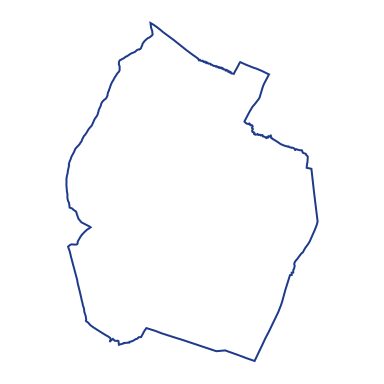 Orodel, Dolj, Romania (Albers equal-area conic projection)
{"feature_id": "2599482B27494005869762", "entity_name": "Orodel", "entity_type": "district", "adm_level": 2, "iso_a3": "ROU", "parent_name": "Romania", "parent_adm1": "Dolj", "projection": "albers", "projection_center": [23.277, 44.26], "detail": "fine", "context": "isolated", "style": "outline", "palette": "blue", "viewbox_px": 384, "rotation_deg": 0, "n_neighbors": 0, "source": "geoboundaries", "source_scale": "gbopen_adm2", "svg_char_len": 5742}
<svg xmlns="http://www.w3.org/2000/svg" viewBox="0 0 384 384"><path d="M254.6,361.0L263.1,343.2L265.2,338.6L269.3,330.8L269.8,329.7L278.3,312.0L280.9,305.4L282.2,301.5L285.3,290.1L290.0,275.1L291.7,275.0L291.7,272.7L293.2,272.6L293.2,271.5L293.3,270.0L294.0,268.9L294.6,266.4L294.7,265.6L294.3,264.6L294.3,264.2L294.5,262.7L295.5,261.0L297.5,258.7L299.1,256.4L300.2,255.1L300.9,254.0L301.8,253.1L302.9,252.3L304.0,250.1L305.6,247.4L307.4,245.1L309.6,241.7L312.8,234.4L314.3,231.1L316.6,225.3L317.2,223.2L317.6,221.3L314.1,192.9L311.4,168.8L306.7,167.8L306.9,164.9L307.5,161.7L307.8,156.8L307.4,156.1L306.2,154.9L306.1,154.2L305.9,154.0L304.8,153.4L304.4,153.4L303.3,153.0L302.7,152.6L302.5,152.0L302.4,151.3L302.0,150.9L301.9,150.4L301.7,150.2L300.8,150.3L300.3,150.2L299.5,150.2L297.5,149.6L296.7,149.2L296.1,149.3L295.7,149.5L295.4,150.0L295.2,150.0L295.0,149.9L294.9,149.7L294.7,148.8L293.7,148.2L292.1,147.6L291.5,147.8L290.8,147.4L290.2,147.4L289.3,147.1L288.6,146.5L288.4,146.4L287.9,146.7L286.6,146.1L285.4,146.1L284.8,145.7L283.7,145.4L280.5,144.0L278.0,142.2L271.5,138.2L271.6,137.9L271.5,137.5L271.0,137.2L270.8,136.9L270.9,135.9L270.8,135.5L270.5,135.5L270.3,135.8L269.9,136.6L268.4,136.2L268.3,136.3L268.4,137.1L268.2,137.4L267.8,137.1L267.1,137.1L267.1,137.5L266.7,138.0L266.3,138.1L264.7,136.8L262.9,136.4L262.6,136.0L262.7,135.4L262.5,135.1L262.0,135.0L260.8,135.4L260.4,135.0L259.6,134.7L258.9,135.0L258.5,135.0L258.2,134.9L257.9,134.2L257.5,134.0L256.7,134.5L255.5,134.7L254.2,134.2L254.1,133.7L254.6,133.4L254.5,133.1L253.9,132.7L253.6,132.1L252.8,132.1L252.5,131.9L252.1,131.0L252.2,130.3L252.9,129.0L252.1,128.2L252.0,127.7L252.3,127.1L252.6,126.8L252.6,126.2L252.2,125.4L251.6,125.1L251.1,125.1L250.6,125.3L250.2,125.0L249.7,124.3L249.8,123.8L249.5,123.5L249.1,123.6L248.9,124.0L248.6,124.1L246.4,123.5L246.1,123.2L245.9,123.1L244.5,121.7L244.6,121.1L249.4,112.0L252.1,107.4L252.6,106.6L254.8,104.1L258.3,99.6L259.5,97.8L262.7,87.2L263.2,85.8L264.1,83.7L269.0,74.4L261.6,70.8L255.8,68.4L254.3,68.0L246.4,64.9L240.2,62.1L239.3,63.5L238.1,65.9L234.9,71.6L233.8,73.8L233.5,73.6L231.7,73.5L231.1,73.1L230.8,72.3L230.6,72.0L230.4,72.1L230.4,72.5L230.2,72.6L229.8,72.1L229.4,72.1L229.2,71.6L228.6,71.7L228.7,71.1L228.2,70.8L227.3,70.8L227.1,70.6L227.2,70.3L227.1,70.2L226.9,70.2L226.6,70.5L226.1,70.5L226.2,70.2L226.3,70.1L226.2,70.0L225.9,70.2L225.4,69.7L224.4,69.6L223.8,69.1L223.4,69.3L222.7,68.8L222.6,68.4L222.0,68.6L221.4,68.2L221.5,67.9L221.4,67.9L221.0,67.8L220.3,68.1L220.1,68.0L220.2,67.6L219.1,67.7L219.0,67.4L218.7,67.6L218.5,67.4L218.0,67.3L218.1,67.1L218.0,66.9L217.3,66.8L216.9,66.4L216.2,66.6L216.0,66.2L215.4,66.3L215.0,66.0L214.7,66.0L214.2,65.8L213.5,65.9L212.8,65.3L211.8,64.7L211.0,64.8L210.8,64.7L210.7,64.1L210.0,63.7L209.0,63.7L208.6,63.5L208.3,63.6L207.9,63.3L207.8,63.0L207.6,62.8L207.2,62.6L206.8,62.8L206.8,62.4L206.7,62.3L206.4,62.5L206.0,62.4L205.6,61.9L205.4,61.9L205.3,62.3L205.2,62.4L205.0,62.2L204.9,61.9L203.9,62.0L203.8,61.8L203.9,61.6L203.3,61.6L202.8,60.9L202.6,61.1L201.2,60.9L200.7,60.5L200.2,60.4L199.9,59.8L199.7,59.8L199.4,60.3L199.0,60.4L198.9,60.3L198.9,60.0L198.8,59.7L198.4,59.3L198.1,58.6L197.6,58.4L196.7,57.6L192.7,54.8L186.5,50.2L173.6,39.9L162.9,32.0L160.7,30.1L156.9,27.1L153.9,25.0L151.6,23.6L150.5,23.0L151.1,27.9L151.9,30.0L152.3,31.3L152.3,32.5L152.6,34.0L152.6,34.5L152.3,35.1L150.4,36.8L149.3,37.5L147.5,38.4L145.2,40.4L144.2,41.5L143.7,42.1L143.4,42.8L142.6,43.6L142.2,45.3L141.6,46.5L140.9,48.3L140.7,48.6L140.3,48.9L139.2,49.5L138.6,49.4L138.0,49.6L136.8,50.2L135.2,51.7L134.4,52.2L131.7,53.2L130.1,54.1L126.6,56.5L125.8,56.6L125.1,57.2L123.9,58.2L122.0,59.1L120.3,60.1L119.9,60.2L119.4,60.9L119.0,62.1L118.9,63.4L118.9,64.6L119.3,65.3L119.7,67.1L119.6,67.9L119.6,70.2L119.3,71.0L119.0,71.6L117.5,73.2L115.1,76.9L114.0,78.7L113.2,80.4L112.5,81.4L112.0,82.2L110.7,85.2L109.6,88.5L109.0,89.9L109.0,90.5L108.4,91.5L107.9,92.9L107.5,94.8L107.5,95.5L107.0,96.6L106.2,98.2L105.8,98.7L104.0,100.0L102.0,102.2L101.8,102.6L101.2,103.8L100.6,106.2L98.8,109.8L98.5,111.6L98.0,112.8L97.7,114.3L97.1,115.6L95.5,117.9L95.0,118.5L94.3,119.8L92.2,124.6L91.7,125.6L90.7,126.8L89.8,127.7L88.6,129.2L87.7,130.7L86.3,133.1L85.1,134.8L84.1,135.8L82.5,138.7L81.5,141.4L80.5,142.6L80.0,143.6L78.7,145.2L75.8,148.2L75.3,148.9L74.1,151.8L71.3,157.0L70.6,159.3L69.8,161.0L68.8,164.2L69.1,165.1L67.8,171.3L67.7,172.7L66.8,176.5L66.5,178.8L66.4,179.5L66.5,181.4L66.4,184.7L66.9,191.2L67.4,194.0L67.4,197.4L67.6,199.1L68.2,201.3L68.7,202.1L69.1,203.5L69.4,205.7L69.6,207.6L71.8,208.3L72.7,209.0L73.1,209.5L73.6,209.9L76.1,211.6L77.1,215.0L78.2,217.8L78.3,218.5L79.8,220.4L81.4,222.3L89.3,226.4L90.6,227.3L89.1,228.4L87.0,229.7L84.1,232.4L81.7,235.0L80.4,236.9L77.8,241.4L77.7,241.8L77.6,243.4L77.2,244.1L76.6,244.5L75.7,244.6L71.6,244.4L71.0,244.5L69.9,245.1L68.1,246.6L68.6,248.3L69.5,250.6L70.6,254.9L70.8,256.1L76.9,278.9L77.3,280.2L77.3,280.9L77.5,282.3L77.9,284.1L79.5,290.4L81.4,298.6L81.5,299.4L82.2,301.9L82.6,303.6L82.9,305.6L83.5,307.0L83.9,308.3L84.2,310.1L84.3,311.9L84.8,313.3L85.5,315.4L85.8,316.7L86.2,319.8L85.9,320.8L86.0,321.0L86.2,321.3L87.4,322.0L88.4,322.9L90.4,325.2L91.9,326.3L94.2,327.9L101.6,332.6L106.5,335.6L107.6,336.1L108.5,336.8L109.7,337.5L110.9,339.2L110.0,340.8L109.9,341.1L110.1,341.3L112.9,338.9L113.3,339.3L114.6,340.6L115.0,340.8L116.2,340.9L117.6,340.7L118.3,340.9L118.5,341.2L118.6,341.8L118.8,344.2L119.0,344.8L119.7,344.5L123.7,343.4L123.8,343.0L129.3,342.6L129.5,341.8L131.0,341.6L133.4,340.6L135.6,339.2L137.3,338.7L138.4,337.5L138.8,337.2L141.1,337.1L144.4,330.9L146.4,328.1L155.4,330.9L161.6,333.3L178.2,338.6L181.3,339.5L216.3,351.2L225.4,350.4L226.2,350.8L237.5,354.8L246.0,358.0L254.6,361.0Z" fill="none" stroke="#1e3a8a" stroke-width="2"/></svg>